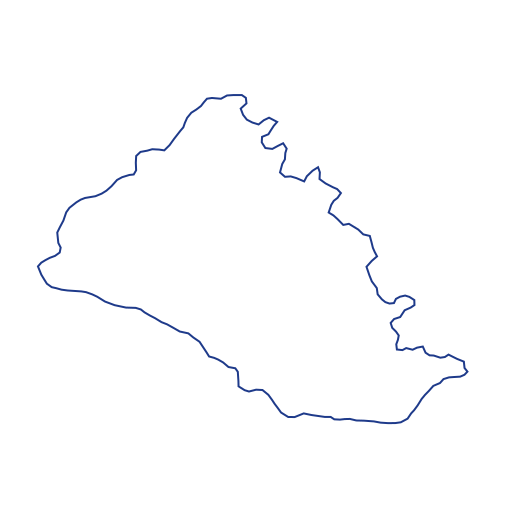 Guará, São Paulo, Brazil (orthographic projection), rotated 183°
{"feature_id": "56859067B28755744533037", "entity_name": "Guará", "entity_type": "district", "adm_level": 2, "iso_a3": "BRA", "parent_name": "Brazil", "parent_adm1": "São Paulo", "projection": "orthographic", "projection_center": [-47.789, -20.493], "detail": "fine", "context": "isolated", "style": "outline", "palette": "blue", "viewbox_px": 512, "rotation_deg": 183, "n_neighbors": 0, "source": "geoboundaries", "source_scale": "gbopen_adm2", "svg_char_len": 2760}
<svg xmlns="http://www.w3.org/2000/svg" viewBox="0 0 512 512"><g transform="rotate(183 256 256)"><path d="M473.2,234.2L469.4,226.1L466.7,222.1L463.4,217.4L458.4,214.2L453.8,213.4L448.4,212.2L442.3,211.7L428.6,211.5L423.8,211.0L417.5,209.1L412.4,207.0L404.4,202.6L394.6,199.5L383.2,197.7L373.4,197.9L368.2,196.6L364.4,193.9L358.8,191.0L353.5,188.6L346.9,185.0L341.2,183.1L334.3,179.7L328.2,176.6L319.5,175.2L314.4,171.4L307.9,167.4L300.3,157.1L297.6,153.2L292.5,152.1L288.4,150.6L283.3,148.0L277.7,143.7L270.8,142.8L268.1,139.4L267.0,130.1L266.6,124.9L260.3,121.4L255.9,120.3L248.9,122.5L242.5,122.5L236.4,118.0L232.5,113.2L229.7,109.4L226.5,105.6L222.8,101.0L215.4,96.9L208.9,97.2L200.1,101.3L192.3,100.1L179.0,98.9L173.0,99.2L169.3,97.0L163.6,97.0L158.8,97.8L153.7,98.2L147.2,97.0L139.6,97.2L129.6,97.0L122.8,96.1L115.0,96.0L107.9,96.5L102.7,97.5L96.1,101.5L92.8,107.0L90.1,110.2L86.8,115.2L83.1,121.9L80.0,126.1L76.4,130.2L72.1,135.6L65.6,138.8L62.3,142.9L56.9,144.9L52.0,145.5L45.8,146.2L41.6,148.3L38.8,151.6L41.9,155.1L42.9,161.4L49.9,163.8L54.3,165.7L58.6,167.6L62.1,165.0L66.6,164.1L73.3,165.9L77.5,165.9L81.6,168.3L84.7,174.3L90.4,172.9L94.7,170.6L101.2,171.9L104.8,169.7L110.4,170.0L111.3,175.2L109.9,179.7L109.3,184.1L112.2,187.8L116.2,191.4L118.0,196.2L114.8,200.3L108.8,202.6L104.7,209.6L98.8,212.6L95.2,215.3L95.6,220.3L100.7,223.2L105.0,224.3L110.0,222.9L114.0,220.5L115.8,216.2L120.2,215.5L124.4,216.7L128.0,219.3L132.5,224.1L133.7,230.3L139.0,236.7L141.9,243.0L145.1,251.0L140.1,257.2L135.1,262.0L137.7,266.3L139.7,270.3L141.4,275.9L143.4,282.0L150.0,283.2L155.3,287.8L164.9,293.0L170.5,291.6L176.5,297.1L180.8,300.6L185.7,303.2L183.5,311.1L181.2,315.2L177.6,318.3L174.5,323.3L178.5,327.1L182.8,328.7L190.3,332.1L196.6,336.2L196.6,342.9L198.7,347.9L204.0,344.1L209.4,338.3L211.8,333.0L219.7,335.9L225.5,337.3L231.2,336.6L236.4,340.7L234.6,349.3L232.2,354.0L232.1,360.4L231.0,364.8L234.8,370.0L239.9,367.1L245.3,363.8L252.3,364.3L256.2,369.8L256.2,375.3L250.0,378.2L247.8,382.2L245.1,386.9L241.9,391.0L250.2,394.8L255.3,392.0L260.3,387.5L266.6,389.1L272.3,391.7L276.3,396.3L279.0,402.4L273.5,407.9L274.4,413.4L278.6,416.0L287.3,415.5L293.3,414.8L299.2,411.2L308.3,411.5L313.2,410.5L316.1,406.8L318.8,402.9L323.3,399.1L328.1,395.7L332.0,390.4L334.0,385.2L335.3,380.7L338.2,376.9L344.0,368.6L348.1,362.2L353.1,356.7L358.3,357.2L365.2,357.2L370.1,355.5L376.8,353.9L380.9,349.6L380.9,342.9L380.2,335.3L382.4,331.0L386.7,330.3L393.8,327.7L398.7,324.7L404.0,318.1L408.8,313.4L413.4,310.2L419.5,307.3L429.8,305.0L434.0,303.1L438.2,300.2L444.8,294.4L447.8,289.7L450.2,281.3L453.5,274.2L455.7,269.0L454.1,258.7L451.5,254.2L452.2,249.2L456.7,245.6L461.8,243.4L466.0,240.9L470.1,238.1L473.2,234.2Z" fill="none" stroke="#1e3a8a" stroke-width="2"/></g></svg>